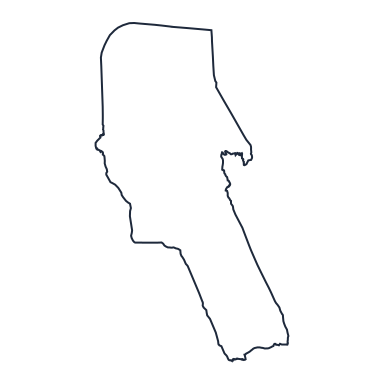 the district of Kota Padangsidimpuan, Sumatera Utara, Indonesia
{"feature_id": "22746128B81378642761445", "entity_name": "Kota Padangsidimpuan", "entity_type": "district", "adm_level": 2, "iso_a3": "IDN", "parent_name": "Indonesia", "parent_adm1": "Sumatera Utara", "projection": "equal_earth", "projection_center": [99.293, 1.387], "detail": "fine", "context": "isolated", "style": "outline", "palette": "slate", "viewbox_px": 384, "rotation_deg": 0, "n_neighbors": 0, "source": "geoboundaries", "source_scale": "gbopen_adm2", "svg_char_len": 5938}
<svg xmlns="http://www.w3.org/2000/svg" viewBox="0 0 384 384"><path d="M139.2,23.5L134.2,23.0L129.3,23.2L123.0,25.2L118.1,27.6L114.5,30.4L109.9,35.1L106.7,40.8L104.5,45.3L101.7,52.6L100.9,57.6L101.3,66.4L102.7,106.8L102.8,115.3L102.8,118.7L102.7,124.5L103.5,125.9L103.3,126.6L103.3,127.2L103.2,127.6L103.3,128.0L103.0,129.5L103.4,130.2L103.5,130.6L103.5,131.9L103.9,134.4L103.5,135.0L103.1,135.0L102.8,135.1L102.5,134.7L102.1,135.4L101.8,135.4L101.5,135.0L101.0,135.0L100.1,135.7L100.1,136.4L100.4,136.6L100.5,137.0L100.4,137.6L99.7,138.2L98.3,139.7L97.9,140.0L97.1,140.9L95.6,142.9L95.6,145.9L95.9,147.0L96.0,147.6L96.1,148.0L96.4,148.6L96.7,148.4L97.2,148.4L97.5,149.0L97.5,149.7L98.8,149.9L99.5,150.4L99.8,150.4L100.2,150.7L100.2,151.5L100.5,151.9L101.2,151.0L101.5,151.1L102.0,151.8L102.5,151.9L102.7,152.3L102.7,152.6L102.8,153.0L103.0,153.1L103.0,153.5L102.8,154.0L102.8,154.6L103.1,154.8L103.5,155.1L103.9,155.6L104.3,156.0L104.5,157.2L104.8,160.8L104.7,163.4L105.6,166.6L106.8,169.2L107.2,171.7L107.1,171.8L106.3,173.1L106.3,173.9L106.3,174.7L107.8,177.3L110.5,182.2L111.6,182.7L113.1,183.5L115.2,184.7L118.3,187.9L121.2,192.5L121.3,192.7L121.7,195.0L123.1,197.2L123.5,197.7L126.0,200.9L126.4,201.2L128.0,202.5L130.0,203.7L130.9,208.1L130.1,211.0L129.9,216.2L132.1,230.3L132.1,230.5L131.8,232.7L131.8,232.8L131.1,235.8L131.7,238.1L133.0,240.7L133.4,241.1L133.5,241.2L133.9,241.8L135.1,242.6L156.6,242.7L161.6,242.5L163.2,243.7L164.4,245.5L165.9,246.5L167.8,247.4L170.1,247.5L171.2,247.7L172.0,247.7L173.2,247.4L173.9,247.5L175.9,248.4L176.5,248.5L177.8,248.8L178.5,249.1L180.3,250.3L180.6,253.8L181.4,255.9L182.1,256.7L183.2,258.4L184.1,259.9L185.5,263.2L185.9,264.0L186.6,264.7L187.7,266.0L199.1,293.1L202.5,301.9L202.7,302.1L202.8,302.5L202.8,303.0L202.9,303.6L202.7,305.6L203.0,306.3L203.4,306.9L203.5,307.4L203.7,307.6L206.3,310.1L206.7,312.9L207.2,315.4L210.0,318.9L215.8,332.6L215.9,333.0L218.1,341.1L218.4,344.0L218.5,344.2L218.6,344.5L219.0,344.7L219.3,345.3L219.7,345.5L221.4,346.2L224.4,353.2L224.8,353.8L225.8,354.8L226.2,355.2L227.1,356.4L227.5,357.4L227.9,358.4L228.6,359.7L229.1,360.1L230.2,360.4L230.6,360.2L230.9,360.2L231.1,360.5L231.6,360.7L232.0,361.0L232.1,360.7L232.8,360.6L232.8,360.2L232.8,359.6L232.9,359.3L233.3,359.1L233.6,359.0L233.8,359.3L234.2,359.2L234.3,359.6L235.2,359.5L235.5,359.3L236.5,359.1L236.5,358.7L236.8,358.6L237.2,358.6L237.5,358.6L237.6,358.8L240.2,359.1L240.5,359.2L242.2,359.1L242.2,359.5L242.6,359.5L242.6,359.8L242.8,359.8L243.0,359.7L243.6,359.7L243.7,359.9L244.0,359.8L244.3,359.9L244.7,359.9L245.6,359.3L245.5,358.9L245.5,358.6L245.5,358.3L245.2,357.1L245.0,356.4L244.8,355.3L244.6,355.1L244.5,354.7L245.2,354.6L245.4,354.5L245.5,354.4L245.6,354.0L246.0,353.7L247.1,353.1L247.5,352.9L248.6,352.3L249.1,352.0L249.7,351.6L250.3,351.2L250.9,350.6L251.3,350.3L252.1,349.7L252.6,349.3L253.1,348.8L253.6,348.5L254.7,348.0L256.1,347.7L257.4,347.4L257.9,347.4L258.9,347.4L259.6,347.4L262.2,347.9L262.7,347.9L264.5,348.4L264.9,348.5L267.0,348.4L267.7,348.4L268.3,348.3L269.0,348.1L270.3,347.5L271.4,347.0L271.8,346.7L273.4,346.0L273.7,345.0L274.4,343.9L275.4,343.9L275.5,344.4L275.8,344.6L276.2,344.8L276.6,344.7L278.2,345.0L278.9,345.3L280.0,343.8L281.7,344.5L282.8,344.5L286.8,344.5L287.1,344.7L287.5,344.5L287.5,343.6L287.8,343.3L287.6,342.7L287.8,342.3L287.6,341.8L287.6,341.0L287.8,340.3L287.9,337.6L288.1,336.8L288.4,336.0L287.6,332.9L287.2,330.9L287.0,329.7L285.3,326.6L284.1,323.5L283.4,321.2L283.0,316.9L282.9,315.2L282.5,314.4L282.1,314.1L280.3,310.7L279.4,307.5L277.6,304.9L276.0,303.0L274.9,301.1L271.1,292.6L268.8,287.8L265.9,282.2L261.1,272.5L257.5,265.1L255.6,260.8L251.5,251.4L250.7,249.5L249.0,245.2L244.5,233.4L242.4,227.8L235.4,214.5L233.3,209.4L233.0,206.9L232.6,205.7L231.2,204.0L231.0,203.2L231.0,200.9L230.2,200.2L229.7,199.1L229.1,198.1L228.4,197.5L228.4,197.4L227.7,195.8L227.7,193.0L227.1,190.9L226.0,190.5L225.8,190.5L225.8,190.3L225.7,190.2L226.1,188.9L226.4,188.5L226.8,187.8L227.2,187.2L227.7,187.1L227.8,186.8L228.5,186.8L229.0,186.5L229.1,186.2L229.0,185.6L229.7,184.7L230.0,184.9L230.2,184.3L230.2,184.0L230.1,183.6L229.8,183.0L229.7,182.5L229.4,182.3L228.8,180.9L228.3,180.5L227.8,180.4L227.7,180.4L227.3,178.0L227.1,177.1L226.7,176.8L226.0,176.1L225.7,175.6L225.5,175.3L225.3,174.3L224.5,173.5L224.3,172.9L224.2,171.6L224.1,170.6L223.8,170.2L223.5,170.1L223.2,170.3L222.9,170.1L222.2,169.7L222.4,166.6L222.7,165.1L223.0,163.0L223.0,160.4L222.7,159.0L221.2,156.7L221.3,154.9L221.6,154.6L221.9,152.8L222.1,152.3L222.6,152.5L222.9,153.0L223.7,154.2L224.4,154.7L224.9,154.8L225.7,154.7L225.9,154.6L226.3,154.4L226.2,154.0L225.2,152.0L225.1,151.6L225.2,151.3L225.5,151.0L226.0,151.0L227.0,151.5L228.4,152.7L228.7,152.7L230.2,153.5L230.5,154.0L231.0,154.3L231.7,154.2L232.1,154.1L232.5,153.7L233.8,153.5L234.4,153.6L234.5,153.3L235.0,153.1L235.4,153.1L235.6,153.4L235.5,154.6L235.6,155.1L236.3,154.3L237.1,153.3L237.3,152.9L237.5,152.9L238.0,153.2L238.3,153.6L238.4,154.3L238.6,154.5L238.8,154.3L239.0,153.7L239.4,153.2L239.7,153.2L239.9,153.8L239.5,154.6L239.5,155.0L240.4,155.3L241.1,155.1L241.3,154.6L241.4,153.9L241.6,153.4L241.9,153.2L242.1,153.6L242.0,155.0L241.9,156.3L242.0,158.4L242.3,158.5L242.9,158.8L243.2,159.1L243.3,159.5L243.2,159.8L243.0,160.1L243.0,160.3L243.1,160.5L243.4,161.3L243.5,161.7L243.9,161.9L243.9,162.3L243.8,162.5L243.7,163.1L243.9,163.4L243.9,163.8L244.0,164.0L244.0,164.5L243.8,164.8L244.0,165.1L244.6,165.2L246.4,164.2L248.3,160.4L251.1,159.9L252.0,158.0L252.1,157.0L251.8,155.2L251.6,154.9L251.1,154.4L251.0,154.2L250.9,153.6L251.2,152.9L251.3,152.2L251.2,151.3L251.2,151.1L251.1,150.2L251.0,148.8L251.1,148.3L251.0,146.7L250.5,145.0L246.4,139.9L243.6,135.2L236.5,122.7L231.2,113.4L223.8,100.7L216.1,87.2L216.4,82.6L215.3,81.0L213.9,75.2L213.3,65.6L212.9,57.0L212.0,41.4L211.9,37.3L211.4,30.2L203.8,29.5L187.8,28.1L171.6,26.8L171.6,26.7L161.4,25.5L154.8,24.8L139.2,23.5Z" fill="none" stroke="#1e293b" stroke-width="2"/></svg>